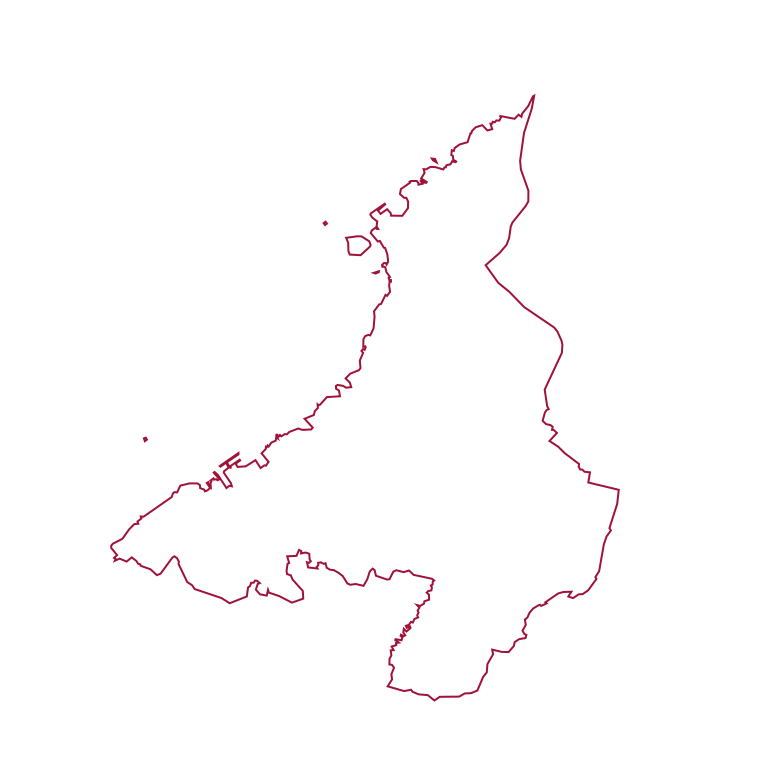 Kota Cilegon, Banten, Indonesia (orthographic projection), rotated 8°
{"feature_id": "22746128B25933583546422", "entity_name": "Kota Cilegon", "entity_type": "district", "adm_level": 2, "iso_a3": "IDN", "parent_name": "Indonesia", "parent_adm1": "Banten", "projection": "orthographic", "projection_center": [106.002, -5.978], "detail": "fine", "context": "isolated", "style": "outline", "palette": "rose", "viewbox_px": 768, "rotation_deg": 8, "n_neighbors": 0, "source": "geoboundaries", "source_scale": "gbopen_adm2", "svg_char_len": 6163}
<svg xmlns="http://www.w3.org/2000/svg" viewBox="0 0 768 768"><g transform="rotate(8 384 384)"><path d="M136.7,584.3L143.5,590.6L140.9,593.8L142.7,594.7L142.1,596.5L146.5,593.7L153.8,595.7L158.3,590.8L163.4,593.7L165.5,596.2L167.8,596.6L168.4,597.9L178.6,600.0L185.7,604.9L189.2,602.9L198.5,585.5L200.4,583.8L203.2,585.2L205.6,588.4L205.6,590.8L216.7,607.5L222.0,610.0L225.1,613.4L252.9,618.6L261.7,622.6L277.7,613.5L277.7,604.3L279.4,602.9L280.1,599.3L282.6,598.9L283.6,596.6L285.8,596.6L288.7,598.5L286.8,599.6L285.7,605.4L290.4,609.5L297.3,609.9L297.8,604.0L299.1,606.6L309.7,608.6L323.3,613.3L333.9,607.8L332.4,600.2L320.7,590.4L318.4,586.5L314.4,585.7L313.5,582.6L313.5,575.5L315.0,574.5L312.1,568.1L321.2,566.4L323.0,560.1L325.4,561.1L325.4,563.3L329.9,561.8L333.6,562.5L334.8,568.2L336.2,569.7L334.6,571.6L332.5,571.2L334.4,576.2L343.8,576.0L342.8,574.5L344.2,572.5L343.6,570.3L346.2,569.4L349.4,570.5L351.0,569.6L352.9,574.0L356.4,575.4L360.3,575.3L365.6,577.5L369.8,579.9L375.5,586.6L378.6,587.5L383.8,586.0L391.8,586.7L394.6,579.8L396.0,571.6L398.5,568.4L400.6,569.6L402.7,575.0L414.3,577.2L416.6,576.6L419.4,568.4L422.2,566.7L429.6,567.6L434.7,565.2L439.9,568.9L458.7,570.2L461.0,571.7L459.8,572.8L460.0,576.0L458.4,577.0L459.8,578.9L459.6,581.8L456.5,583.0L455.3,584.7L457.7,586.2L458.7,591.3L454.2,593.6L454.2,595.9L450.8,598.7L447.4,598.3L450.2,600.6L448.8,603.7L450.0,605.4L449.1,608.5L450.2,610.4L446.8,612.5L445.8,616.2L443.8,615.8L442.1,619.1L439.3,620.4L440.5,622.3L443.5,620.5L444.2,621.9L440.7,626.0L437.7,623.7L437.7,627.4L440.0,629.9L438.6,631.0L435.7,629.9L435.5,631.1L437.5,632.3L437.0,635.3L431.0,635.1L430.8,636.1L434.7,638.0L431.9,638.9L432.5,640.9L428.1,642.9L430.5,646.2L427.7,646.9L429.1,651.8L427.7,655.3L428.4,661.0L431.0,661.0L433.4,663.5L431.7,670.4L433.1,675.4L429.7,682.9L446.7,685.3L453.4,683.0L455.1,684.8L461.5,686.5L470.7,686.0L478.0,690.4L482.7,686.0L502.0,683.1L507.0,679.2L513.1,678.1L519.1,674.6L523.0,660.1L525.9,655.3L525.4,647.0L529.6,636.5L528.1,632.0L538.0,632.9L544.7,632.1L549.1,625.3L549.3,621.4L553.4,617.8L559.5,615.9L559.9,612.6L557.8,612.0L555.5,609.0L557.9,602.8L556.3,597.7L558.5,595.3L560.0,590.1L563.0,585.5L567.7,581.7L569.3,580.9L570.5,581.9L575.6,578.6L574.2,577.7L585.6,567.2L590.6,565.0L598.5,563.6L596.1,568.8L601.0,569.7L606.1,565.2L610.0,564.4L614.9,559.9L621.5,547.5L620.2,545.8L623.1,539.4L624.0,512.3L625.6,504.0L629.1,497.5L627.3,495.4L631.6,470.3L631.2,456.1L600.0,453.1L600.3,442.8L594.7,443.0L592.4,441.2L590.3,441.4L588.3,438.9L588.3,436.1L572.5,427.3L565.2,421.8L555.8,417.4L562.1,408.4L558.3,405.8L556.8,406.0L557.0,402.9L554.6,401.5L550.1,401.2L546.2,398.4L547.3,390.0L548.7,387.1L550.6,385.9L548.7,383.3L543.9,367.2L555.8,328.4L555.2,320.2L553.6,316.1L548.3,307.8L544.7,304.4L512.2,288.4L495.2,275.2L483.2,268.0L468.1,252.2L480.2,238.2L486.0,229.1L487.6,222.0L487.6,210.6L488.7,206.2L499.3,188.5L501.5,183.1L500.1,172.5L489.7,152.5L487.7,143.9L487.7,115.9L492.0,90.9L492.6,77.6L491.5,78.4L488.1,88.8L483.1,97.2L482.9,100.3L479.8,98.6L476.4,103.2L461.1,102.4L462.9,103.2L461.6,107.1L458.5,107.4L457.3,109.4L455.2,109.2L455.0,111.0L453.2,111.4L455.7,116.6L451.1,118.5L445.3,114.0L439.1,117.0L436.0,121.0L435.4,124.4L434.9,122.9L433.1,132.9L425.5,136.3L421.2,140.4L420.7,143.5L418.6,143.1L418.8,147.9L420.5,148.6L421.4,152.3L424.5,153.6L424.1,154.4L420.5,154.0L419.2,157.2L415.3,158.8L415.1,160.8L413.7,161.2L412.8,163.3L404.9,162.1L399.8,162.5L395.8,165.6L393.3,165.7L394.8,169.2L392.2,175.3L398.2,178.0L397.8,178.9L394.9,179.0L394.0,177.3L392.5,177.0L392.0,177.8L394.3,180.3L390.4,181.8L390.0,180.0L388.1,178.4L382.2,179.3L381.2,180.2L381.8,181.0L373.6,188.6L373.4,193.7L378.0,196.8L380.2,196.5L382.5,200.0L383.3,206.5L378.7,214.9L367.6,216.3L366.8,213.8L362.7,210.5L356.9,216.0L353.9,213.1L360.1,206.0L359.6,205.4L347.1,217.0L346.9,218.2L349.2,220.8L354.7,224.0L354.7,228.9L356.6,231.3L355.1,231.4L354.1,230.1L350.6,233.6L349.8,236.3L358.1,243.8L360.0,242.9L364.8,249.0L366.2,249.1L369.2,255.0L371.1,262.3L370.0,265.4L368.9,264.0L367.0,264.3L365.5,266.4L366.4,268.9L366.5,267.5L369.0,268.2L370.8,272.8L375.0,277.2L373.8,278.0L374.6,280.0L376.4,280.1L376.6,281.7L375.2,281.5L375.5,286.3L377.2,291.9L374.8,296.3L373.1,295.5L370.0,305.1L368.1,305.9L364.0,313.4L365.3,318.7L365.9,330.5L363.6,337.8L361.5,337.6L358.7,339.2L357.4,342.5L358.3,350.0L360.2,349.3L360.8,350.3L360.0,352.9L358.4,352.2L357.1,354.4L359.0,356.1L356.8,364.1L358.5,371.5L357.4,373.7L349.1,378.5L345.2,383.8L350.0,387.4L352.0,391.7L347.0,392.9L343.6,391.5L338.1,391.4L336.7,392.6L337.2,395.4L340.3,396.7L342.1,402.3L329.3,404.9L323.7,413.2L322.3,414.2L321.1,413.4L321.8,417.1L319.2,420.5L318.9,424.4L310.2,429.5L319.5,437.1L318.3,439.1L309.6,440.8L305.3,440.0L296.8,444.7L294.9,447.3L292.6,447.5L289.5,450.1L288.0,448.9L286.9,450.0L287.8,451.2L285.0,449.0L284.4,449.6L286.3,452.6L284.7,451.8L284.7,455.1L280.5,457.8L278.5,462.0L277.3,461.1L276.9,462.5L275.8,462.4L276.0,464.7L272.4,469.7L280.5,477.1L278.5,481.3L276.9,481.2L273.5,484.4L267.3,477.3L258.5,484.8L250.5,486.5L248.2,483.6L252.2,479.7L251.6,479.1L243.4,486.6L244.1,488.9L240.2,484.8L239.8,482.9L249.7,473.9L249.5,472.6L232.8,488.1L233.6,488.6L237.9,484.5L239.1,484.6L241.8,488.4L237.7,492.8L237.7,494.1L246.3,503.6L247.6,506.5L245.0,506.3L242.5,509.0L232.1,497.1L228.4,494.7L227.7,495.5L234.4,501.3L232.4,502.5L231.2,501.6L229.0,502.4L228.3,501.2L225.9,503.5L226.7,504.1L226.0,506.3L226.8,510.0L223.4,506.7L223.6,505.7L222.3,506.6L226.4,511.3L223.4,514.3L221.6,515.2L220.6,513.6L216.4,512.7L215.8,509.8L213.1,508.4L205.3,509.5L196.4,513.0L194.2,520.2L191.6,520.2L190.2,521.7L189.5,525.5L164.3,548.9L161.6,549.0L162.5,550.9L159.0,554.5L160.1,556.6L156.2,557.5L151.9,563.3L146.5,573.7L137.7,579.9L136.4,582.0L136.7,584.3ZM349.6,244.8L341.4,241.0L337.2,241.4L326.2,244.5L328.9,249.2L330.3,257.5L332.1,260.6L342.9,259.7L350.9,250.0L351.4,248.2L349.6,244.8ZM303.5,234.8L305.2,233.1L303.5,231.4L301.8,233.1L303.5,234.8ZM405.2,157.2L403.2,154.0L400.0,154.1L401.3,155.6L405.2,157.2ZM155.2,473.9L157.0,472.1L155.5,470.3L153.8,471.3L155.2,473.9ZM360.3,275.8L363.3,274.0L363.3,273.0L358.3,275.4L360.3,275.8Z" fill="none" stroke="#9f1239" stroke-width="2"/></g></svg>